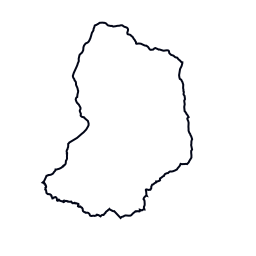 Sinaia, Prahova, Romania, rotated 289°
{"feature_id": "2599482B70025461021412", "entity_name": "Sinaia", "entity_type": "district", "adm_level": 2, "iso_a3": "ROU", "parent_name": "Romania", "parent_adm1": "Prahova", "projection": "natural_earth1", "projection_center": [25.544, 45.343], "detail": "fine", "context": "isolated", "style": "outline", "palette": "ink", "viewbox_px": 256, "rotation_deg": 289, "n_neighbors": 0, "source": "geoboundaries", "source_scale": "gbopen_adm2", "svg_char_len": 5629}
<svg xmlns="http://www.w3.org/2000/svg" viewBox="0 0 256 256"><g transform="rotate(289 128 128)"><path d="M207.8,158.0L207.6,157.3L207.9,156.8L207.9,156.5L208.7,155.4L208.7,154.9L209.1,154.2L209.4,153.2L209.9,152.6L210.1,152.2L210.5,151.7L210.3,149.9L210.5,149.0L211.2,147.5L211.2,144.9L212.1,142.9L212.5,142.5L213.8,141.8L214.3,141.3L214.4,140.8L214.4,140.5L214.0,139.1L212.8,136.8L212.6,136.2L212.5,132.2L212.1,131.4L212.3,130.6L212.5,127.8L211.8,127.0L210.3,126.2L209.3,124.0L209.3,123.4L209.6,122.7L211.2,120.5L211.8,118.5L211.5,117.5L211.5,116.3L211.9,112.8L211.5,111.0L211.1,110.0L210.5,108.9L210.4,108.4L210.6,108.1L212.0,107.4L212.6,106.5L213.6,105.5L213.9,104.8L215.8,102.5L216.0,101.4L216.6,100.4L216.8,99.8L216.6,97.2L216.8,96.9L217.8,96.3L220.1,96.2L221.1,96.0L221.8,95.5L222.2,95.0L222.5,94.3L222.6,92.7L222.5,91.9L222.7,90.7L223.2,89.3L222.9,88.0L221.9,86.5L221.1,84.6L220.0,82.8L219.1,80.9L219.3,79.5L218.9,78.7L218.5,75.8L218.8,74.9L219.7,73.2L219.8,72.3L219.8,71.5L219.5,70.8L219.5,70.3L219.0,68.8L218.2,66.9L216.8,66.0L216.3,65.4L215.2,64.6L214.7,63.8L214.1,63.2L213.8,63.2L212.8,63.3L210.3,63.2L209.3,63.5L208.3,63.4L206.3,62.9L203.2,63.1L200.3,63.2L199.3,63.0L199.0,63.1L196.9,62.7L195.6,62.0L194.1,60.4L191.7,59.6L189.8,59.6L187.1,60.3L186.6,60.3L184.4,60.0L182.1,58.7L181.2,58.4L177.5,58.8L175.4,59.6L174.8,59.7L172.9,59.5L171.3,59.6L169.5,59.5L162.3,58.8L159.2,58.9L158.1,59.6L157.3,60.4L156.7,61.3L155.6,62.0L155.0,63.1L154.6,63.6L153.1,64.4L152.4,64.6L152.1,64.7L151.2,65.4L149.8,66.8L148.7,67.6L147.6,68.2L146.9,68.8L145.6,69.1L143.2,69.3L140.7,69.9L140.2,69.4L139.6,69.2L138.3,69.2L137.7,69.4L136.3,70.5L135.5,71.3L135.1,71.8L134.9,72.5L134.5,72.9L134.2,73.8L131.8,76.4L130.6,76.9L129.1,76.7L128.5,76.8L127.9,77.2L126.1,78.8L124.3,79.2L124.0,79.6L123.6,80.5L123.6,81.7L123.8,82.4L123.8,83.0L123.6,83.4L123.3,83.5L121.6,87.8L119.4,89.3L117.8,89.8L116.5,89.7L113.0,89.0L109.4,87.4L107.5,86.2L102.1,83.1L95.1,77.2L94.7,77.2L93.5,76.6L92.2,77.1L90.4,77.6L89.1,77.5L88.3,77.7L87.3,77.4L86.1,77.5L85.1,78.0L84.7,78.5L84.3,78.7L84.1,78.7L83.6,78.5L82.9,79.1L81.3,79.5L79.2,80.3L78.0,80.3L76.8,80.0L74.3,80.6L73.6,80.6L73.2,80.5L72.5,80.2L72.4,80.0L70.6,79.3L70.2,79.0L70.1,78.8L70.3,78.7L69.0,78.1L67.2,76.4L65.4,73.8L65.1,73.3L65.1,73.0L64.2,73.1L63.4,72.9L62.7,72.5L60.5,71.9L59.3,70.9L58.6,70.1L57.7,68.4L57.6,67.9L57.1,67.7L56.7,67.3L56.3,66.5L54.5,66.4L50.8,66.0L50.3,65.9L48.6,65.0L48.5,66.5L48.1,66.8L48.1,67.0L48.5,67.2L47.8,68.1L47.2,68.3L47.2,68.7L47.1,68.9L45.7,69.8L45.3,69.8L44.8,69.3L43.8,69.8L43.0,69.7L42.9,69.8L43.1,70.2L42.1,71.0L40.1,72.0L39.5,73.3L39.4,73.7L39.5,74.2L39.8,74.7L39.7,75.4L39.9,75.9L39.6,77.0L39.1,77.7L38.5,77.8L38.2,78.1L37.6,79.0L36.8,79.4L36.9,79.8L38.0,80.3L38.2,80.9L38.8,81.4L39.1,81.9L39.0,82.5L38.6,83.2L37.5,84.0L37.3,84.4L36.4,84.5L36.3,85.2L36.5,85.4L36.8,85.3L37.4,85.3L37.6,85.5L37.8,86.0L37.6,86.3L37.0,86.5L37.2,87.3L37.1,88.3L37.2,89.4L37.1,90.1L37.3,90.5L38.0,90.6L38.2,90.8L37.4,91.1L37.1,91.3L37.5,91.8L38.3,92.2L38.9,93.0L38.8,93.5L39.1,94.2L38.8,94.9L39.1,95.3L39.0,95.7L39.0,96.2L39.6,97.5L39.9,98.3L39.2,98.9L39.1,99.6L39.2,99.8L38.9,100.4L39.2,100.9L40.0,102.0L39.9,102.3L39.5,102.3L39.5,102.7L40.1,103.9L39.9,104.3L40.0,104.9L40.1,105.8L39.9,106.0L39.4,106.1L38.7,105.9L38.4,106.1L37.7,106.2L37.7,106.3L37.9,106.5L37.6,106.9L37.5,107.4L38.0,107.7L38.3,108.5L38.0,108.8L37.8,109.8L37.6,110.0L37.6,110.5L36.6,111.6L35.7,111.9L34.8,112.5L34.2,114.3L34.2,114.7L34.4,115.2L34.1,115.7L34.7,117.1L34.8,118.0L34.2,119.5L32.9,120.6L32.8,121.1L32.9,122.1L33.6,123.4L33.9,124.3L34.0,125.1L34.3,125.5L34.9,126.4L35.2,126.6L35.8,126.6L36.0,127.0L35.8,127.6L36.1,128.6L35.7,129.7L35.5,130.8L36.6,131.2L37.3,131.8L37.6,132.3L37.8,133.2L39.4,133.7L39.7,134.0L40.3,134.1L40.4,134.3L41.4,134.4L42.3,134.9L43.2,135.6L44.0,135.9L44.7,136.5L45.2,136.7L44.9,137.0L45.1,137.7L44.8,138.5L44.8,139.5L44.5,140.1L44.6,141.5L44.9,142.0L40.5,150.3L41.7,150.8L42.4,151.7L42.9,152.5L43.8,153.1L44.6,154.3L45.3,157.2L46.0,158.9L46.7,159.5L48.9,160.5L51.1,161.9L51.4,162.2L51.5,162.5L51.8,162.4L52.4,163.8L52.4,164.4L52.7,164.8L52.7,165.7L53.1,166.2L53.6,166.3L54.6,165.8L54.6,167.9L55.9,168.9L56.3,170.1L57.7,169.1L58.3,168.8L58.9,168.7L60.0,168.9L61.4,168.6L64.1,167.5L65.0,167.0L65.7,165.9L66.0,165.8L66.9,165.8L68.3,166.2L69.6,166.9L70.1,167.6L70.1,167.8L70.5,167.4L70.9,167.1L73.6,166.0L75.2,165.0L75.6,165.0L76.0,165.6L76.1,167.6L76.4,168.1L76.7,168.4L76.7,169.0L77.0,169.3L78.6,169.6L80.1,169.1L82.3,169.3L83.0,170.3L84.5,171.1L85.8,172.4L86.6,172.0L87.2,173.4L88.1,174.6L88.8,175.2L89.2,175.3L89.7,174.9L90.3,174.9L90.7,174.7L91.9,175.7L93.7,176.8L94.3,177.6L95.3,177.6L96.7,178.1L98.0,179.6L98.4,180.5L99.6,181.1L100.4,181.7L100.7,182.1L100.8,182.8L101.2,183.7L101.8,184.7L103.1,186.2L104.8,187.8L105.9,188.0L108.9,189.2L111.2,189.4L111.3,190.5L112.3,193.1L113.0,194.6L113.1,195.6L115.3,196.6L116.6,196.7L120.6,197.6L123.0,196.8L124.9,195.9L126.9,195.2L128.5,195.6L132.5,193.2L133.5,193.1L136.0,192.3L137.5,192.2L138.3,192.3L140.8,190.4L141.5,189.5L142.6,188.7L143.4,187.6L144.8,186.4L145.3,186.1L147.8,185.2L148.6,184.8L152.7,183.6L154.3,182.6L155.4,181.5L156.2,181.0L156.6,181.0L158.0,181.8L159.8,179.7L160.4,178.6L161.0,178.2L161.4,177.5L162.0,176.9L162.3,176.1L162.5,176.0L166.2,174.3L168.9,173.9L172.0,172.3L172.5,172.3L173.6,172.5L174.2,172.3L176.8,171.0L177.7,169.7L178.1,169.5L180.2,169.1L180.6,168.8L181.0,168.3L182.0,168.1L183.7,167.1L187.0,166.1L189.4,164.3L190.1,163.4L190.9,162.7L191.1,162.2L191.3,161.0L192.6,160.1L194.6,159.1L200.3,158.1L201.3,158.1L203.2,158.4L204.1,158.5L206.9,158.3L207.8,158.0Z" fill="none" stroke="#020617" stroke-width="2"/></g></svg>